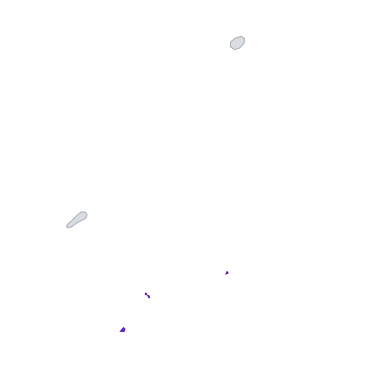 Alifu Alifu on a map of Maldives (Equal Earth projection), rotated 218°
{"feature_id": "MDV-5231", "entity_name": "Alifu Alifu", "entity_type": "Atoll", "adm_level": 1, "iso_a3": "MDV", "parent_name": "Maldives", "parent_adm1": "", "projection": "equal_earth", "projection_center": [72.863, 4.217], "detail": "fine", "context": "in_parent", "style": "filled", "palette": "violet", "viewbox_px": 384, "rotation_deg": 218, "n_neighbors": 0, "source": "natural_earth", "source_scale": "10m", "svg_char_len": 859}
<svg xmlns="http://www.w3.org/2000/svg" viewBox="0 0 384 384"><g transform="rotate(218 192 192)"><path d="M267.1,108.1L263.8,110.4L260.7,109.5L259.7,106.5L261.2,102.1L263.8,96.4L265.5,90.3L268.1,87.0L270.1,88.1L269.9,91.5L268.9,96.3L268.4,102.4L267.1,108.1ZM249.1,344.9L245.1,345.4L242.6,341.1L243.1,334.7L246.3,330.3L251.2,330.1L254.0,334.0L252.6,340.1L249.1,344.9Z" fill="#d9dde1" stroke="#a8b0b8" stroke-width="1"/><path d="M162.5,38.6L162.3,42.7L161.0,42.5L160.6,42.5L159.9,40.3L162.5,38.6ZM114.7,149.0L114.8,149.6L115.0,149.8L115.1,150.0L115.3,150.2L115.3,150.3L114.9,150.7L114.0,150.3L113.9,150.0L113.9,149.9L114.3,149.6L114.7,149.0ZM160.3,82.2L162.8,83.2L162.0,83.5L161.4,83.2L160.3,82.2ZM165.0,82.3L165.4,82.8L165.8,83.0L166.0,83.2L166.0,83.7L165.4,83.7L165.2,83.4L165.2,82.9L165.0,82.3Z" fill="#8b5cf6" stroke="#5b21b6" stroke-width="1.5"/></g></svg>